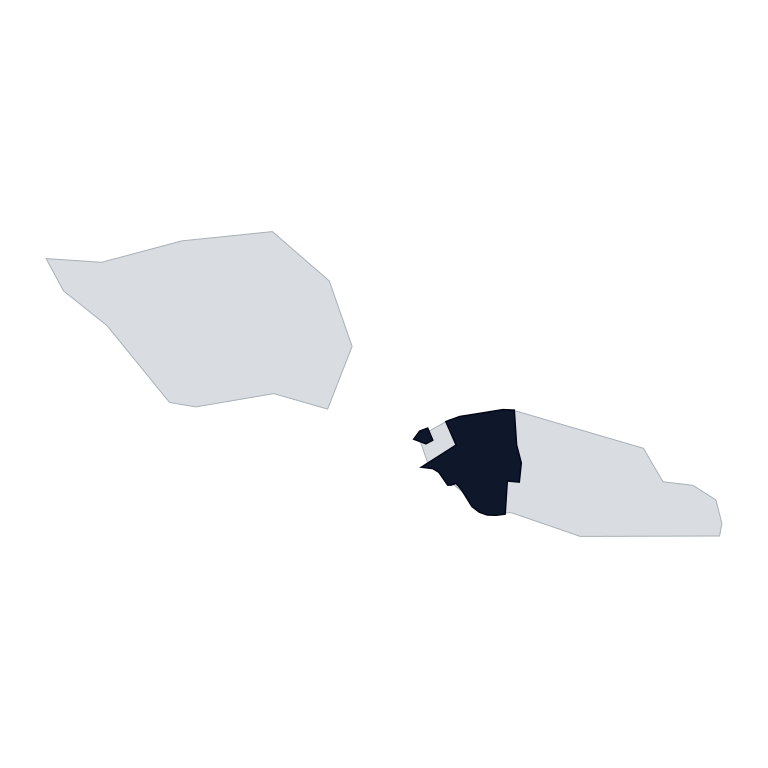 where A'ana sits in Samoa
{"feature_id": "WSM-4985", "entity_name": "A'ana", "entity_type": "state/province", "adm_level": 1, "iso_a3": "WSM", "parent_name": "Samoa", "parent_adm1": "", "projection": "mercator", "projection_center": [-171.958, -13.906], "detail": "fine", "context": "in_parent", "style": "filled", "palette": "ink", "viewbox_px": 768, "rotation_deg": 0, "n_neighbors": 0, "source": "natural_earth", "source_scale": "10m", "svg_char_len": 854}
<svg xmlns="http://www.w3.org/2000/svg" viewBox="0 0 768 768"><path d="M272.4,231.6L329.3,281.0L352.1,346.4L327.6,409.1L273.7,393.6L195.6,406.9L169.6,402.5L107.0,325.6L63.6,291.0L46.1,258.6L101.5,262.3L182.2,240.8L272.4,231.6ZM719.6,536.0L580.2,536.4L511.3,512.7L486.8,512.5L427.7,462.8L418.7,436.7L449.7,419.6L514.1,410.5L643.4,448.3L663.0,481.8L692.8,485.3L715.9,499.9L721.9,523.4L719.6,536.0Z" fill="#d9dde1" stroke="#a8b0b8" stroke-width="1"/><path d="M445.8,421.6L459.7,416.5L502.9,409.6L514.3,410.1L516.6,445.0L521.3,463.0L519.3,482.1L507.3,481.0L505.2,514.1L496.2,515.3L487.2,515.0L479.3,512.2L472.0,506.6L461.4,489.6L456.0,483.4L451.1,485.1L447.7,485.1L438.8,472.3L432.8,468.6L421.3,467.2L456.1,445.0L445.8,421.6ZM413.7,439.2L419.6,431.1L427.7,428.1L432.8,440.2L425.9,443.8L413.7,439.2Z" fill="#0f172a" stroke="#020617" stroke-width="1.5"/></svg>